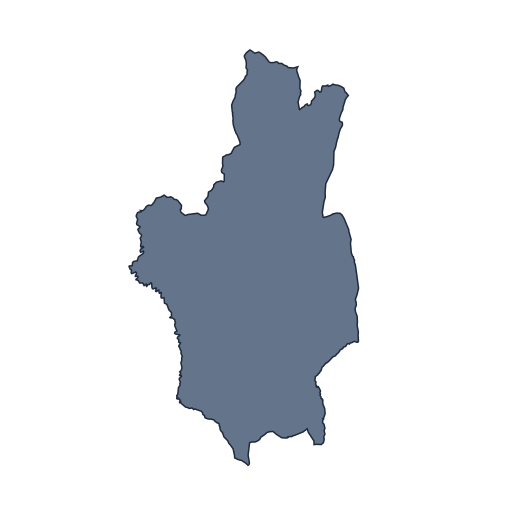 the district of Quipile, Cundinamarca, Colombia, rotated 167°
{"feature_id": "7082276B57635529739763", "entity_name": "Quipile", "entity_type": "district", "adm_level": 2, "iso_a3": "COL", "parent_name": "Colombia", "parent_adm1": "Cundinamarca", "projection": "orthographic", "projection_center": [-74.547, 4.71], "detail": "fine", "context": "isolated", "style": "filled", "palette": "slate", "viewbox_px": 512, "rotation_deg": 167, "n_neighbors": 0, "source": "geoboundaries", "source_scale": "gbopen_adm2", "svg_char_len": 6103}
<svg xmlns="http://www.w3.org/2000/svg" viewBox="0 0 512 512"><g transform="rotate(167 256 256)"><path d="M172.7,431.0L177.1,430.7L182.3,432.4L183.3,434.2L185.9,435.8L187.5,437.8L190.5,438.5L191.4,440.1L192.9,440.7L195.3,440.5L198.5,441.2L199.6,442.1L202.0,447.7L203.7,450.2L206.8,453.7L207.8,454.1L211.6,453.9L215.2,457.9L215.8,458.1L219.8,456.1L222.3,453.8L222.5,452.9L221.8,448.6L222.2,445.4L223.4,441.5L222.4,439.1L223.1,438.1L224.0,434.6L226.0,433.4L226.9,431.7L228.6,430.1L237.0,424.8L238.0,423.2L238.7,419.4L239.6,418.3L240.6,415.5L243.7,411.8L245.8,408.5L246.7,401.8L246.4,400.6L246.9,400.1L247.4,394.8L248.0,393.4L248.6,389.1L248.3,383.3L247.7,379.6L247.1,378.4L246.0,370.7L246.4,368.2L252.2,366.9L253.1,366.3L257.1,361.6L259.3,361.0L262.4,361.1L263.6,360.5L265.8,360.1L266.3,359.5L267.8,353.7L268.0,351.0L270.3,347.6L270.6,346.3L270.5,345.1L268.5,342.9L270.1,336.2L271.0,335.6L273.0,337.0L278.0,336.8L281.1,334.9L281.7,332.8L283.6,330.9L285.1,329.8L287.9,329.0L289.5,324.7L293.7,321.4L293.8,319.8L292.1,316.2L291.7,313.5L292.2,311.8L295.5,307.5L297.3,307.3L300.3,308.1L303.2,310.8L312.3,311.7L316.0,311.5L319.1,315.3L319.4,316.4L319.4,317.9L319.2,318.4L318.2,318.7L317.2,322.2L319.8,327.7L321.0,328.9L323.0,329.6L324.1,331.5L325.8,332.9L327.7,332.8L329.6,333.3L331.5,335.8L332.2,336.0L333.6,335.2L334.6,335.3L335.3,334.8L340.1,334.9L343.0,331.5L346.5,328.8L348.8,329.6L350.3,329.5L352.2,328.6L353.6,327.0L355.6,325.8L356.7,325.7L358.1,326.2L357.6,325.4L357.9,324.9L360.6,325.2L361.8,324.7L362.9,323.2L363.8,321.9L363.1,318.4L365.1,314.4L365.0,313.3L362.4,310.7L363.0,309.6L364.3,309.3L365.2,308.3L364.3,304.3L362.8,302.6L363.3,300.9L364.8,299.5L364.7,294.9L365.7,293.3L366.3,290.9L365.7,290.6L364.0,290.8L363.6,289.8L367.0,288.5L367.8,287.0L367.6,285.6L364.6,286.0L364.5,285.0L365.5,283.8L370.6,281.7L372.8,278.1L376.5,278.2L377.7,277.4L378.9,274.3L381.7,274.8L382.1,274.3L381.6,271.5L380.4,270.2L381.4,268.1L381.2,266.9L380.1,266.8L376.8,267.5L376.3,266.7L376.5,265.6L378.1,263.8L378.1,263.2L376.2,263.1L375.7,262.2L376.1,261.4L378.0,260.4L378.3,259.9L376.2,258.6L375.4,255.8L372.5,255.3L371.7,252.3L369.5,253.3L369.6,251.6L369.3,251.0L367.7,252.5L366.1,252.2L364.9,253.5L364.3,253.5L363.9,252.6L364.5,248.5L364.2,247.4L363.6,247.0L361.4,247.4L360.5,247.2L360.6,246.3L361.6,245.0L361.6,244.1L360.9,243.7L359.3,244.6L358.5,244.6L358.6,241.5L358.2,241.3L357.1,241.9L356.5,241.5L357.7,238.1L357.8,236.7L357.2,236.1L355.8,236.3L355.0,235.8L355.8,230.7L353.7,228.9L353.0,223.2L351.1,219.8L351.9,216.4L353.8,215.5L353.6,215.1L351.2,214.3L349.4,211.9L349.7,210.8L349.5,208.9L350.6,207.9L350.8,205.9L349.9,200.7L352.3,199.9L352.6,199.2L352.3,198.3L348.0,196.2L348.2,195.7L350.7,194.6L351.2,193.5L350.1,191.7L350.6,189.2L349.1,188.3L351.2,186.1L351.6,185.2L350.9,183.7L350.9,182.1L350.3,180.2L351.0,178.1L350.4,174.8L351.1,174.0L352.0,170.6L353.2,169.0L353.2,164.3L353.6,163.1L354.8,161.1L356.4,160.4L355.7,158.8L357.3,157.0L357.0,156.5L355.8,156.6L355.6,155.7L356.0,155.1L358.1,154.2L358.6,153.3L358.0,150.1L358.9,148.9L359.1,147.0L361.1,145.3L363.3,138.9L364.6,137.9L364.7,136.4L364.2,135.9L365.1,135.6L365.3,134.9L364.8,134.4L362.6,133.6L362.7,132.5L362.1,131.4L363.4,130.9L363.3,130.2L362.5,130.4L362.0,129.1L358.6,124.6L356.8,123.8L355.4,122.5L352.5,122.3L351.2,120.4L349.9,120.7L344.1,116.9L343.4,115.2L343.4,113.5L342.1,112.1L342.2,110.6L341.8,109.6L339.0,107.8L336.8,107.3L333.9,105.8L333.0,104.0L331.3,102.0L330.0,101.5L329.7,100.2L330.0,98.7L329.6,97.7L329.9,96.5L329.8,94.0L328.4,91.4L327.9,86.9L325.0,82.2L324.7,79.8L323.3,77.3L321.7,73.1L321.8,66.6L322.2,64.0L318.5,61.2L316.1,60.1L312.6,56.5L310.9,53.9L310.1,54.1L309.3,55.0L308.9,56.3L308.5,63.7L304.3,75.3L303.7,75.7L301.7,75.7L298.9,75.0L297.1,75.2L293.8,76.3L292.0,78.4L287.5,80.1L285.0,81.6L281.9,81.7L278.9,81.2L276.3,77.7L271.8,73.1L267.0,71.7L265.8,71.9L265.8,72.5L265.4,72.6L265.3,72.2L263.9,72.5L262.2,72.0L260.7,72.3L260.5,72.7L259.0,72.5L249.7,74.0L245.0,76.1L244.7,72.4L241.1,62.6L241.9,59.1L239.8,59.0L234.9,57.6L232.5,58.8L231.5,60.3L230.7,62.5L230.7,64.7L228.9,66.9L228.9,70.5L227.6,72.7L227.6,76.8L228.5,78.3L228.5,79.1L227.6,81.5L226.9,81.9L227.4,82.5L226.6,82.8L224.1,86.9L223.4,92.0L224.1,96.6L223.8,99.2L223.2,100.6L223.7,101.1L223.6,101.8L224.7,102.9L224.4,104.3L225.0,105.9L224.2,107.0L224.5,108.6L223.6,109.7L223.7,111.1L224.7,114.7L225.1,115.0L225.8,114.3L226.7,115.0L226.4,116.5L226.7,117.5L225.9,119.8L226.7,121.2L225.3,125.1L222.3,126.5L222.0,127.2L220.4,127.8L219.3,129.3L218.4,129.6L216.7,132.8L215.3,133.4L212.0,136.0L211.2,135.8L210.4,136.5L209.3,136.7L203.7,140.5L200.9,140.9L199.6,142.2L198.6,142.5L196.1,144.3L195.3,145.5L192.2,146.3L191.6,147.4L189.0,147.8L186.9,149.8L186.2,150.0L184.8,149.2L183.5,150.1L182.2,150.0L179.9,150.6L178.9,150.5L177.0,149.2L176.1,149.1L175.3,150.0L174.4,155.6L173.3,159.2L173.1,165.5L171.9,169.4L171.0,174.6L171.6,179.2L171.4,181.7L171.0,183.1L169.3,185.5L168.8,189.0L169.1,190.9L168.6,191.9L166.2,195.7L163.3,201.6L161.2,224.7L161.6,228.0L160.9,229.8L161.4,231.4L161.3,233.4L162.0,234.3L162.4,237.8L161.1,247.1L159.6,250.8L160.0,259.1L159.7,260.6L161.7,272.5L162.9,276.5L164.5,278.7L168.0,279.7L171.9,279.7L173.4,279.0L178.2,278.4L181.5,278.4L181.9,278.9L181.6,283.5L177.6,293.5L175.2,297.8L174.4,302.4L171.7,310.8L162.1,322.9L159.9,327.3L156.5,340.4L154.1,343.8L151.0,350.6L149.5,352.8L147.4,357.2L145.4,360.6L142.6,363.6L142.1,364.9L141.9,366.8L143.9,368.3L144.2,369.8L143.6,371.6L141.2,375.6L138.3,379.3L138.0,380.9L134.0,387.9L132.6,389.6L129.9,391.6L131.5,395.0L132.4,396.0L132.7,399.8L134.9,402.0L137.6,403.9L141.1,405.2L142.3,406.2L144.6,405.3L147.2,405.0L147.6,405.4L147.6,406.4L149.7,406.0L152.9,406.7L153.8,405.6L155.6,401.4L157.1,401.4L157.9,403.0L158.7,403.6L159.3,403.7L162.0,402.5L162.0,399.8L162.6,398.1L163.7,396.7L167.1,394.4L167.8,392.3L168.8,391.1L171.0,390.7L171.7,391.3L171.8,392.6L172.4,392.6L174.2,392.0L175.8,390.7L178.0,390.2L179.6,389.0L180.7,388.9L180.4,396.6L177.8,401.4L176.1,403.2L176.0,405.1L175.1,406.4L175.5,409.6L173.5,417.2L174.1,420.5L174.6,427.1L174.3,428.9L172.7,431.0Z" fill="#64748b" stroke="#1e293b" stroke-width="1.5"/></g></svg>